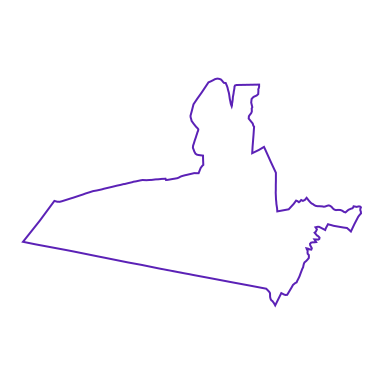 the district of Kikuyu, Central, Kenya
{"feature_id": "3690345B86705577908989", "entity_name": "Kikuyu", "entity_type": "district", "adm_level": 2, "iso_a3": "KEN", "parent_name": "Kenya", "parent_adm1": "Central", "projection": "orthographic", "projection_center": [36.645, -1.233], "detail": "fine", "context": "isolated", "style": "outline", "palette": "violet", "viewbox_px": 384, "rotation_deg": 0, "n_neighbors": 0, "source": "geoboundaries", "source_scale": "gbopen_adm2", "svg_char_len": 4047}
<svg xmlns="http://www.w3.org/2000/svg" viewBox="0 0 384 384"><path d="M350.9,231.5L354.4,224.1L358.2,216.8L359.3,215.3L360.1,214.4L361.0,213.4L360.8,211.5L360.3,210.3L360.3,209.0L360.9,207.3L360.0,206.5L358.7,206.4L356.6,206.9L354.8,206.5L353.6,206.3L353.2,207.4L352.4,208.3L351.0,208.7L348.5,209.8L347.4,210.7L345.5,212.4L343.9,211.9L342.4,210.8L340.4,210.0L338.0,209.9L336.0,210.1L334.9,209.8L333.7,209.2L332.5,208.0L331.6,206.9L330.2,205.9L328.8,205.4L327.4,205.7L324.9,206.6L323.5,206.7L322.4,206.4L320.8,206.3L319.2,206.2L317.5,206.2L315.5,205.8L313.8,204.8L312.8,204.0L311.8,203.6L310.7,202.7L309.9,201.8L308.7,200.5L307.5,198.9L306.6,197.8L304.9,199.9L302.9,200.9L301.2,200.0L300.1,201.3L298.9,202.2L297.4,201.1L296.1,200.6L293.6,204.0L288.7,209.3L277.3,211.4L277.1,208.5L276.4,203.9L276.3,202.2L276.0,199.4L275.7,192.6L275.8,189.9L275.8,184.9L275.9,180.7L275.9,179.0L275.9,174.7L275.9,172.8L275.4,171.7L273.0,166.6L272.2,164.9L270.8,161.9L268.2,156.1L265.4,149.9L264.0,146.9L259.0,149.9L252.2,153.2L252.6,146.4L253.0,141.4L253.5,135.1L253.7,132.3L253.9,129.3L254.1,126.8L253.3,125.6L252.7,123.5L250.4,120.7L249.7,119.8L248.7,118.6L248.9,116.2L250.0,114.6L251.1,113.3L251.8,111.6L251.8,109.9L251.7,108.5L252.3,107.2L251.2,102.6L251.6,99.0L253.0,97.4L254.3,96.5L255.4,96.1L256.8,95.4L258.2,94.1L258.4,90.8L258.3,89.2L258.8,88.1L259.1,86.7L259.1,84.6L236.5,85.0L235.0,85.5L234.5,86.6L234.4,88.3L234.1,90.0L233.8,91.5L233.6,93.2L233.3,94.9L232.9,96.9L232.7,99.6L232.3,102.4L232.0,103.8L232.0,105.2L231.7,106.3L230.8,103.9L230.3,101.2L229.8,99.0L229.2,94.7L228.8,92.6L228.4,91.2L227.9,89.4L227.6,87.9L227.0,86.1L225.7,83.0L224.0,82.9L223.1,82.0L222.1,80.7L220.8,79.4L219.2,78.9L217.6,78.6L216.4,78.8L214.9,79.2L213.3,80.1L212.3,80.6L211.1,81.2L209.6,81.9L208.5,82.3L204.7,88.0L201.7,92.5L197.2,98.8L193.5,104.3L192.0,110.2L190.5,115.8L190.6,117.2L191.2,119.2L191.6,120.9L193.6,123.7L196.0,126.7L197.6,128.3L198.3,129.3L198.1,130.7L197.4,132.4L197.0,133.8L196.6,134.9L195.8,137.5L194.8,140.3L194.2,142.3L193.7,143.9L193.1,145.6L192.9,147.8L193.3,148.8L193.8,150.1L194.3,151.5L194.9,152.6L195.5,153.7L196.8,154.6L198.4,155.0L203.0,155.6L203.1,160.0L203.3,164.9L202.5,165.6L201.6,166.7L200.6,168.1L198.6,173.2L197.4,173.2L196.1,173.2L194.3,173.1L192.2,173.6L190.5,174.0L188.3,174.5L187.1,174.8L185.2,175.2L183.3,175.7L181.3,176.3L180.0,176.9L178.8,177.6L177.3,178.2L176.1,178.4L174.5,178.7L173.1,178.9L170.9,179.3L169.2,179.6L167.4,179.9L166.0,180.0L165.5,178.7L164.4,178.8L161.7,178.9L160.2,179.1L158.2,179.3L155.6,179.4L151.8,179.9L149.4,180.0L146.4,180.2L144.3,180.1L142.6,180.0L140.3,180.4L135.8,181.4L133.6,181.7L132.2,182.2L127.9,183.2L124.8,184.0L123.5,184.1L120.6,184.9L117.1,185.6L112.3,186.8L108.0,187.8L103.7,188.8L102.5,189.2L101.3,189.5L96.7,190.5L93.1,191.1L89.4,192.3L85.5,193.5L82.9,194.5L80.1,195.4L72.9,197.8L71.8,198.1L61.7,201.3L59.7,201.8L57.1,201.7L54.4,200.9L39.7,220.8L25.0,239.3L23.0,241.8L35.8,244.4L65.4,249.9L72.7,251.3L98.4,256.5L104.5,257.7L127.8,262.4L141.6,264.9L159.1,268.5L185.4,273.5L189.4,274.2L193.3,275.0L212.6,278.6L232.1,282.3L249.9,285.6L266.2,288.7L267.6,290.1L269.2,291.8L270.0,293.2L270.1,297.0L270.6,299.0L271.4,300.4L272.4,301.0L274.0,303.2L275.2,305.4L281.3,293.1L284.2,294.6L285.6,295.0L287.2,294.8L291.5,287.6L293.0,284.9L295.3,283.0L296.6,282.4L297.3,280.7L298.0,279.4L298.9,277.6L299.5,276.3L300.3,274.1L300.9,272.5L302.3,268.8L303.1,267.3L303.4,265.7L303.9,263.7L304.5,262.4L306.2,261.0L307.7,259.4L308.8,258.0L308.9,256.3L308.8,255.0L307.7,253.8L307.5,252.4L307.7,250.7L306.9,249.5L306.5,248.3L308.2,248.7L309.7,249.4L311.3,249.6L311.8,248.2L310.2,245.3L310.0,243.9L311.0,242.7L312.6,242.3L314.3,242.3L316.1,242.1L315.1,240.5L314.4,239.4L316.7,239.5L318.3,239.6L319.3,238.9L319.5,237.6L318.2,236.2L317.0,235.5L314.6,232.7L315.8,231.7L316.9,229.4L316.3,228.4L315.5,227.3L317.5,226.8L319.0,226.8L320.6,227.6L325.2,230.0L325.6,228.8L326.2,227.5L328.0,224.2L329.2,224.6L330.9,225.0L333.6,225.8L343.3,227.5L347.0,228.0L349.4,230.1L350.9,231.5Z" fill="none" stroke="#5b21b6" stroke-width="2"/></svg>